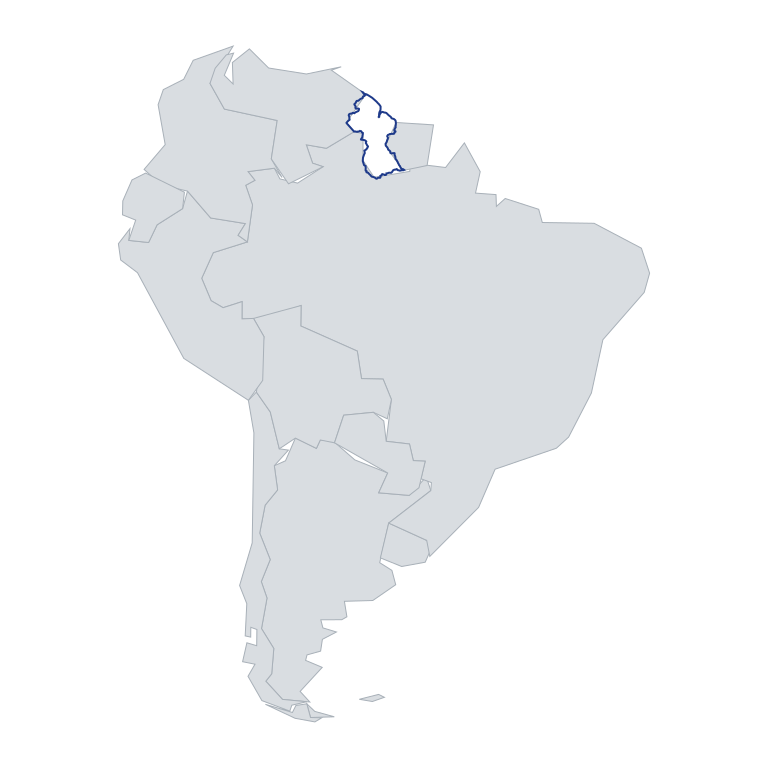 Guyana highlighted on a map of South America
{"feature_id": "GUY", "entity_name": "Guyana", "entity_type": "country or territory", "adm_level": 0, "iso_a3": "GUY", "parent_name": "South America", "parent_adm1": "", "projection": "orthographic", "projection_center": [-58.817, 4.875], "detail": "fine", "context": "in_parent", "style": "outline", "palette": "blue", "viewbox_px": 768, "rotation_deg": 0, "n_neighbors": 12, "source": "natural_earth", "source_scale": "50m", "svg_char_len": 7702}
<svg xmlns="http://www.w3.org/2000/svg" viewBox="0 0 768 768"><path d="M306.8,703.8L314.8,711.4L334.3,716.8L310.5,717.5L306.8,703.8ZM388.7,523.1L379.7,562.7L391.9,570.4L395.7,584.7L372.8,600.5L344.4,601.3L346.9,616.8L341.8,619.7L320.8,619.8L322.9,627.9L336.4,632.0L322.4,639.3L320.6,651.1L307.0,654.9L305.6,660.4L322.2,667.4L300.1,691.4L309.8,702.0L282.5,699.4L265.8,681.2L271.7,673.8L273.8,648.5L261.5,628.6L267.0,598.1L261.3,581.6L270.2,559.6L259.7,533.1L265.1,505.2L277.6,489.9L274.3,465.7L285.5,460.8L295.4,438.1L316.4,448.4L320.3,440.0L332.7,440.6L354.8,459.9L387.7,473.0L378.7,492.8L409.2,495.4L426.3,476.8L430.8,490.6L388.7,523.1Z" fill="#d9dde1" stroke="#a8b0b8" stroke-width="1"/><path d="M306.8,703.8L310.5,717.5L321.7,717.8L314.9,721.9L295.1,718.3L265.4,704.3L292.4,712.5L295.9,705.5L306.8,703.8ZM256.4,392.1L270.3,412.0L279.3,448.8L288.4,450.1L274.3,465.7L277.6,489.9L265.1,505.2L259.7,533.1L270.2,559.6L261.3,581.6L267.0,598.1L261.5,628.6L273.8,648.5L271.7,673.8L265.8,681.2L282.5,699.4L306.7,701.7L291.8,705.2L289.8,711.1L261.9,700.6L248.0,676.3L255.0,664.2L242.6,661.7L246.9,642.8L256.7,645.7L256.9,629.5L250.8,627.3L250.7,637.1L245.2,635.9L246.8,603.7L239.6,585.5L252.2,542.9L253.9,432.9L248.4,400.3L256.4,392.1Z" fill="#d9dde1" stroke="#a8b0b8" stroke-width="1"/><path d="M359.3,699.3L378.6,694.4L384.4,697.3L372.4,701.5L359.3,699.3Z" fill="#d9dde1" stroke="#a8b0b8" stroke-width="1"/><path d="M388.7,523.1L426.7,540.4L432.1,546.7L425.2,562.2L401.7,566.5L380.4,557.9L388.7,523.1Z" fill="#d9dde1" stroke="#a8b0b8" stroke-width="1"/><path d="M429.8,556.4L426.7,540.4L388.7,523.1L430.8,490.6L431.4,482.6L421.0,478.8L425.2,461.2L413.3,460.6L409.5,444.0L386.2,441.3L391.4,399.5L383.1,379.1L361.5,378.6L357.3,351.1L300.8,326.0L301.1,305.5L267.9,319.3L242.0,318.9L242.1,301.6L223.1,307.7L211.1,300.7L201.7,278.3L213.3,252.6L247.4,241.9L252.5,205.0L245.7,185.3L254.9,180.3L248.0,171.6L274.4,168.2L279.9,178.9L297.6,183.1L323.1,166.7L312.6,163.2L306.3,144.8L326.4,148.3L354.2,131.6L363.0,133.8L363.0,160.4L374.1,177.3L409.8,171.4L410.0,163.2L445.6,167.5L464.4,142.9L480.2,171.7L475.5,193.1L496.0,194.6L496.4,206.4L505.2,198.5L538.7,209.3L542.3,222.5L594.1,223.3L641.4,248.2L649.6,273.2L644.2,292.4L602.9,339.7L591.4,393.0L568.6,437.1L556.4,448.2L495.1,469.2L478.6,507.4L429.8,556.4Z" fill="#d9dde1" stroke="#a8b0b8" stroke-width="1"/><path d="M253.5,318.4L301.1,305.5L300.8,326.0L357.3,351.1L361.5,378.6L383.1,379.1L391.4,399.5L387.3,418.8L373.3,412.3L343.7,415.2L334.5,442.8L320.3,440.0L316.4,448.4L295.4,438.1L279.3,448.8L270.3,412.0L256.4,392.1L264.0,336.7L253.5,318.4Z" fill="#d9dde1" stroke="#a8b0b8" stroke-width="1"/><path d="M247.4,241.9L213.3,252.6L201.7,278.3L211.1,300.7L223.1,307.7L242.1,301.6L242.0,318.9L253.5,318.4L264.0,336.7L262.7,380.4L248.4,400.3L183.8,358.4L137.5,272.7L120.7,260.0L118.4,243.7L130.0,228.6L128.8,240.4L148.6,242.5L157.1,224.8L182.6,208.6L187.5,191.1L210.7,218.0L245.4,223.6L238.1,235.3L247.4,241.9Z" fill="#d9dde1" stroke="#a8b0b8" stroke-width="1"/><path d="M282.1,177.5L274.4,168.2L248.0,171.6L254.9,180.3L245.7,185.3L252.5,205.0L247.4,241.9L238.1,235.3L245.4,223.6L210.7,218.0L187.5,191.1L161.4,185.1L144.1,169.4L165.2,144.6L158.1,104.7L163.3,89.6L183.7,79.3L193.2,60.3L233.1,46.1L210.0,83.4L224.4,109.1L277.2,120.5L271.3,158.9L282.1,177.5Z" fill="#d9dde1" stroke="#a8b0b8" stroke-width="1"/><path d="M354.2,131.6L326.4,148.3L306.3,144.8L312.6,163.2L323.1,166.7L288.5,183.8L271.3,158.9L277.2,120.5L224.4,109.1L210.0,83.4L215.2,68.2L226.3,54.9L233.6,53.1L224.3,75.3L233.1,84.0L232.4,62.5L249.4,48.9L268.6,68.0L306.4,74.0L341.2,66.8L331.4,70.2L365.7,94.4L346.3,122.6L354.2,131.6Z" fill="#d9dde1" stroke="#a8b0b8" stroke-width="1"/><path d="M427.1,165.5L403.4,170.4L390.9,153.6L385.7,145.0L396.2,122.5L433.5,124.9L427.1,165.5Z" fill="#d9dde1" stroke="#a8b0b8" stroke-width="1"/><path d="M184.4,192.2L182.6,208.6L157.1,224.8L148.6,242.5L128.8,240.4L135.7,220.1L122.5,214.8L122.8,200.9L132.0,179.9L145.6,173.1L184.4,192.2Z" fill="#d9dde1" stroke="#a8b0b8" stroke-width="1"/><path d="M383.8,421.0L386.2,441.3L409.5,444.0L413.3,460.6L425.2,461.2L419.0,487.7L409.2,495.4L378.7,492.8L387.7,473.0L334.5,442.8L343.7,415.2L373.3,412.3L383.8,421.0Z" fill="#d9dde1" stroke="#a8b0b8" stroke-width="1"/><path d="M354.1,131.6L351.6,128.8L349.1,126.0L346.7,123.3L346.5,122.9L347.5,121.6L348.4,120.7L349.2,120.1L349.6,119.7L349.3,117.6L349.3,116.9L349.0,116.1L348.7,115.2L349.0,114.5L349.4,114.0L349.9,113.8L351.0,113.6L351.8,113.6L352.1,113.3L352.6,112.9L353.2,112.9L354.4,113.2L355.0,112.7L355.9,112.1L358.2,111.1L358.7,110.4L359.0,109.4L359.0,108.9L358.8,108.7L358.2,108.5L357.4,108.5L356.7,108.7L356.0,108.6L355.4,107.9L355.4,107.4L355.7,106.7L355.5,106.2L354.4,104.6L354.4,104.1L355.2,103.4L355.7,102.8L356.3,101.4L356.8,100.9L358.4,100.7L358.8,100.4L359.6,99.6L360.8,98.8L362.5,98.1L362.9,96.8L363.2,96.4L364.6,95.8L364.8,95.4L364.8,95.1L362.6,92.2L363.1,92.4L364.7,94.3L365.7,94.7L365.9,94.7L365.9,94.2L366.7,94.4L368.9,95.7L372.2,97.8L376.7,101.8L378.0,103.3L378.8,104.0L380.2,105.8L380.6,106.6L380.5,110.0L379.4,112.3L379.1,114.0L379.0,116.3L378.3,117.6L379.2,116.9L379.5,114.8L380.3,113.6L381.3,112.2L382.7,111.9L384.1,112.5L385.3,112.6L386.4,113.0L388.6,115.2L390.8,116.9L391.6,118.3L393.9,119.0L395.2,120.1L395.7,121.1L395.9,123.6L395.5,127.3L395.6,127.5L395.0,128.3L394.9,128.7L394.5,129.6L394.2,130.0L394.6,131.1L395.2,131.1L395.4,131.2L395.5,131.4L395.5,131.7L395.3,131.9L394.8,132.1L394.3,132.7L394.3,133.4L394.0,133.7L393.1,133.9L391.2,133.9L390.3,134.0L389.6,134.1L389.1,134.5L388.5,134.8L388.0,134.9L387.6,135.4L387.2,136.1L387.3,136.6L387.8,137.2L388.0,137.9L387.7,139.0L387.3,139.8L387.1,140.4L386.8,141.6L386.1,143.0L385.6,143.7L385.6,144.6L385.8,145.7L387.3,147.4L387.8,148.3L388.2,149.6L389.5,150.6L390.3,151.4L390.3,152.5L390.4,152.9L390.9,153.2L391.5,153.4L392.2,153.3L392.8,153.2L393.0,153.1L394.4,153.1L394.6,153.3L394.6,154.9L394.7,155.6L395.0,155.8L395.2,156.2L395.3,156.6L395.3,157.5L395.5,157.9L395.5,158.9L395.7,159.2L396.1,159.5L396.6,160.1L396.8,160.5L397.3,161.4L397.5,161.7L397.6,161.8L397.7,162.1L398.0,163.0L398.6,163.9L398.8,164.6L399.3,165.4L399.9,166.0L400.1,166.6L400.8,167.9L401.5,168.8L402.4,169.1L403.1,169.2L403.6,169.5L404.1,169.9L403.6,170.1L403.1,170.3L402.5,170.2L401.6,170.3L400.7,170.5L399.9,170.7L398.3,170.2L397.9,170.2L397.5,170.0L396.9,169.2L396.6,169.1L395.8,169.5L394.7,169.7L394.3,169.7L393.7,170.0L393.1,170.3L392.1,171.9L391.6,172.5L391.0,172.8L389.9,172.7L388.6,172.8L387.7,173.2L386.9,173.4L386.4,173.4L386.3,174.3L386.1,174.7L385.8,174.9L385.2,175.0L384.6,175.0L384.2,174.6L383.5,174.4L382.9,174.3L382.5,174.1L382.2,174.1L382.0,174.5L381.8,174.8L381.6,175.4L380.7,175.6L380.3,175.9L380.5,177.0L380.4,177.4L380.2,177.7L379.1,177.8L378.2,177.7L377.6,178.1L377.0,178.6L376.6,178.7L376.1,178.6L375.4,178.1L374.8,177.5L373.3,177.0L371.7,176.6L370.7,175.6L370.5,175.1L370.0,174.8L368.8,173.6L368.2,172.8L367.4,172.6L366.6,172.3L366.7,171.7L366.6,171.1L366.2,170.9L365.8,170.8L365.6,170.4L365.6,169.7L365.7,167.9L365.6,166.1L364.5,165.4L364.0,165.0L363.2,162.4L362.8,161.2L362.8,160.3L363.0,157.6L363.4,156.5L364.2,154.2L364.7,153.4L364.7,152.8L364.7,152.1L364.4,150.6L365.9,149.7L366.5,149.3L366.6,148.7L367.4,147.9L367.7,147.1L368.0,146.5L367.9,146.2L367.6,146.0L367.2,145.5L366.4,143.9L366.1,143.5L365.8,143.1L365.9,142.4L366.3,141.6L366.2,141.3L365.7,140.9L364.7,140.2L363.8,140.1L363.2,139.8L362.2,139.8L361.4,139.7L361.0,139.5L361.1,139.0L361.3,138.7L361.9,137.9L362.4,137.0L362.4,136.2L362.6,135.1L362.8,134.1L362.9,133.0L361.8,132.3L361.5,131.7L361.1,131.2L360.6,131.2L359.9,130.9L358.8,131.6L358.0,131.5L357.4,131.8L356.0,131.7L355.1,131.4L354.1,131.6Z" fill="none" stroke="#1e3a8a" stroke-width="2"/></svg>